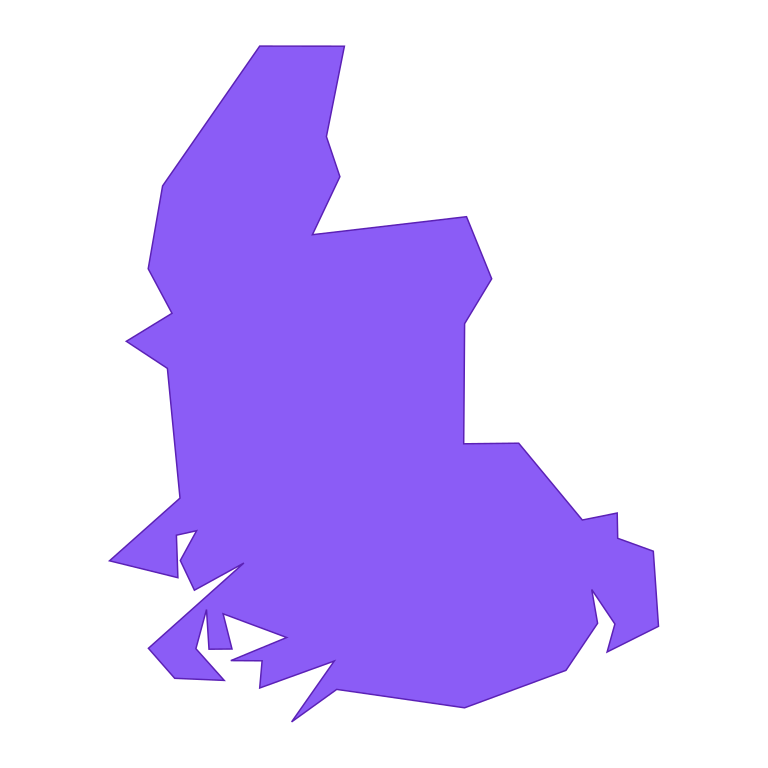 Vest-Agder, orthographic projection
{"feature_id": "NOR-916", "entity_name": "Vest-Agder", "entity_type": "County", "adm_level": 1, "iso_a3": "NOR", "parent_name": "Norway", "parent_adm1": "", "projection": "orthographic", "projection_center": [7.224, 58.601], "detail": "coarse", "context": "isolated", "style": "filled", "palette": "violet", "viewbox_px": 768, "rotation_deg": 0, "n_neighbors": 0, "source": "natural_earth", "source_scale": "10m", "svg_char_len": 730}
<svg xmlns="http://www.w3.org/2000/svg" viewBox="0 0 768 768"><path d="M658.5,626.3L607.1,652.0L614.9,624.0L591.7,589.5L597.6,623.3L566.0,670.3L464.6,707.8L336.7,689.4L291.6,721.9L334.3,661.0L259.7,688.0L262.1,660.8L230.8,660.6L286.7,637.5L223.1,613.8L232.0,649.0L209.0,649.2L206.5,609.5L195.9,648.7L224.2,680.4L174.7,678.3L148.4,648.3L243.9,563.0L194.4,590.2L180.3,560.5L196.6,530.7L176.4,535.2L177.9,577.7L109.5,560.8L180.0,498.1L167.4,368.4L126.3,341.3L172.0,313.3L148.2,268.8L162.6,185.9L259.7,46.1L344.4,46.2L326.4,136.6L339.9,176.7L312.4,234.7L466.5,216.7L491.7,278.8L464.6,323.7L463.7,443.8L518.7,443.2L582.3,520.0L617.2,513.0L617.7,538.3L653.3,551.2L658.5,626.3Z" fill="#8b5cf6" stroke="#5b21b6" stroke-width="1.5"/></svg>